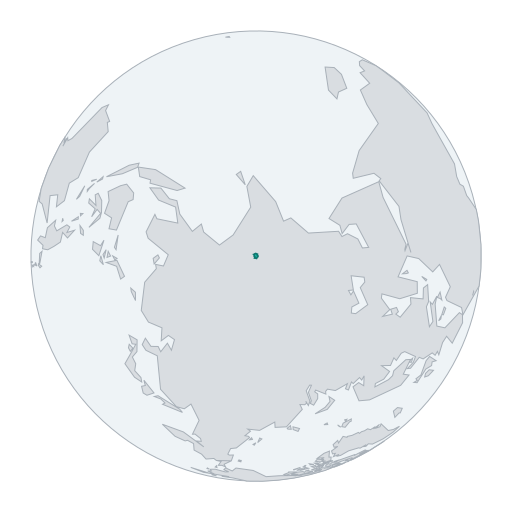 globe centered on Rapti, rotated 164°
{"feature_id": "NPL-373", "entity_name": "Rapti", "entity_type": "Administrative Zone", "adm_level": 1, "iso_a3": "NPL", "parent_name": "Nepal", "parent_adm1": "", "projection": "orthographic", "projection_center": [82.542, 28.326], "detail": "coarse", "context": "on_globe", "style": "filled", "palette": "teal", "viewbox_px": 512, "rotation_deg": 164, "n_neighbors": 0, "source": "natural_earth", "source_scale": "10m", "svg_char_len": 11246}
<svg xmlns="http://www.w3.org/2000/svg" viewBox="0 0 512 512"><g transform="rotate(164 256 256)"><circle cx="256" cy="256" r="225" fill="#eef3f6" stroke="#a8b0b8"/><path d="M327.1,42.2L327.0,42.3L339.5,49.1L349.7,53.7L342.6,51.3L366.2,62.6L377.0,70.8L360.9,60.2L356.3,58.2L361.7,62.7L358.2,61.7L358.8,63.6L354.0,62.3L345.0,56.9L341.7,56.1L345.8,59.4L343.6,60.7L338.1,55.9L333.7,57.7L317.8,50.6L307.1,41.1L294.4,38.4L273.2,32.7L271.2,33.1L262.0,32.0L256.3,32.4L254.0,31.8L251.5,32.7L254.7,33.2L254.6,33.8L251.6,34.3L248.1,33.4L249.1,33.1L246.5,33.1L246.1,32.6L244.6,33.1L240.7,32.4L240.0,33.8L233.1,33.9L231.7,33.4L237.8,32.4L248.4,30.8L264.4,30.9L280.3,32.0L296.1,34.3L311.8,37.7L327.1,42.2ZM217.6,34.0L221.3,33.5L214.2,34.9L205.0,36.7L201.2,37.5L197.0,38.6L195.5,39.3L183.6,42.7L200.4,37.7L217.6,34.0ZM357.9,57.7L354.5,55.5L359.0,58.0L357.9,57.7ZM359.7,64.1L361.7,65.2L361.2,65.7L359.7,64.1ZM224.9,32.9L223.2,33.2L223.3,33.2L224.9,32.9ZM228.4,32.6L229.9,32.3L231.7,32.1L230.8,32.3L228.4,32.6ZM353.4,64.4L351.8,65.3L351.8,63.4L353.4,64.4ZM226.3,33.0L234.9,31.8L238.2,31.6L237.4,32.2L226.3,33.0ZM349.9,65.2L346.2,68.1L350.5,70.4L336.2,65.9L344.1,64.6L343.4,61.7L346.5,64.2L349.9,65.2ZM257.0,33.2L253.5,32.6L259.2,32.8L257.0,33.2ZM260.7,33.2L278.5,33.8L282.3,35.3L275.5,34.5L282.6,36.5L275.7,36.8L270.2,35.8L269.2,34.7L267.3,35.8L260.7,33.2ZM328.9,63.3L326.6,63.4L327.3,62.3L328.9,63.3ZM255.1,34.1L258.3,33.9L261.8,35.1L255.9,35.7L256.7,35.1L255.1,34.1ZM287.9,37.1L289.4,38.3L284.2,38.8L284.1,39.4L275.9,37.0L287.9,37.1ZM254.4,35.1L252.8,36.1L248.4,36.0L252.1,34.4L254.4,35.1ZM265.2,35.2L266.6,35.9L263.9,35.7L265.2,35.2ZM231.9,37.1L235.8,36.4L237.9,36.9L231.9,37.1ZM252.6,36.5L254.1,36.5L255.3,36.7L253.5,37.4L252.6,36.5ZM272.8,37.7L270.3,37.8L275.9,38.7L272.2,39.4L267.4,37.8L267.9,38.8L266.8,39.1L264.1,37.5L272.8,37.7ZM255.4,38.9L247.9,37.6L240.4,38.5L238.3,38.0L250.8,36.7L255.4,38.9ZM260.7,38.2L256.9,38.4L256.2,37.5L258.4,36.7L260.7,38.2ZM271.5,40.6L278.4,39.9L279.2,40.3L271.5,40.6ZM253.3,39.3L255.2,39.6L252.9,39.5L253.3,39.3ZM266.1,40.3L268.4,39.9L269.3,40.4L266.1,40.3ZM256.9,40.8L254.5,40.3L255.9,39.6L256.9,40.8ZM261.2,40.7L261.8,41.5L257.8,39.7L262.1,40.4L261.2,40.7ZM266.5,40.8L267.8,41.0L265.4,41.0L266.5,40.8ZM253.0,43.8L247.6,41.7L250.7,40.2L255.5,42.3L253.0,43.8ZM43.1,182.4L44.3,179.0L49.8,165.7L73.3,142.4L72.6,149.8L84.7,160.5L85.2,164.1L77.7,172.9L81.9,197.3L90.5,192.0L100.3,208.7L110.7,214.4L125.2,196.8L108.1,186.9L111.2,175.7L129.6,175.3L145.4,184.9L147.1,180.9L142.2,167.6L150.9,163.0L141.0,162.5L141.2,167.7L135.1,167.8L134.5,163.2L137.6,161.6L134.3,157.4L120.3,167.1L119.0,173.4L107.2,168.7L103.9,179.1L98.9,181.2L102.6,164.7L106.2,160.2L108.8,140.2L104.0,144.3L101.2,163.8L99.8,160.9L93.2,167.6L97.1,160.2L101.5,138.8L94.2,134.9L76.1,145.5L73.7,142.7L75.8,134.9L91.4,118.1L94.9,126.3L100.5,121.4L107.5,110.6L107.9,114.3L111.2,111.2L113.3,114.3L123.7,111.0L127.0,113.6L138.4,105.5L141.6,106.0L134.0,110.5L130.4,115.4L139.4,123.1L143.2,122.5L149.9,116.9L151.5,120.1L156.9,113.7L165.6,116.0L159.4,108.2L167.1,102.4L176.4,100.5L177.8,97.4L162.7,100.6L157.7,103.3L155.2,107.7L140.6,115.0L136.0,114.0L147.0,101.8L141.7,99.4L152.6,91.8L186.5,86.4L196.9,88.4L198.8,103.5L192.2,106.0L188.2,101.6L185.1,111.0L188.6,107.6L190.0,110.6L197.7,106.6L199.0,108.6L204.1,101.7L206.6,103.7L203.3,108.1L216.8,104.8L224.0,108.3L226.4,106.7L226.9,104.0L235.6,110.7L237.0,109.3L234.7,106.4L236.0,101.9L241.7,96.7L244.4,99.3L242.7,101.5L243.2,110.5L238.3,116.5L240.0,117.1L244.9,112.6L244.2,101.6L246.9,97.8L248.2,102.7L247.9,100.6L250.1,99.6L254.7,101.1L253.8,95.8L273.8,83.4L284.9,86.0L283.7,91.2L300.6,87.4L311.7,91.9L309.6,89.1L316.2,86.3L312.8,84.7L312.3,83.2L327.8,76.9L333.5,77.9L337.7,73.3L336.6,72.0L332.6,70.9L336.2,65.9L350.5,70.4L352.3,73.0L360.0,74.6L362.9,80.5L369.0,86.5L367.7,92.9L372.6,97.7L375.1,97.8L383.5,105.0L392.4,120.1L374.3,106.9L358.8,86.9L364.2,94.6L359.7,92.9L359.6,95.8L363.7,101.6L366.2,102.2L356.0,113.7L359.3,131.6L367.0,128.9L374.0,133.1L384.5,154.2L378.4,187.3L387.8,195.7L389.8,202.2L385.0,207.5L381.9,198.1L375.0,196.0L374.0,190.2L365.2,196.6L363.3,188.7L357.4,198.1L362.1,203.8L370.5,200.6L366.2,212.9L377.6,222.1L381.3,235.3L370.2,261.5L355.3,271.3L354.8,275.6L347.7,271.9L340.0,281.4L354.8,302.8L355.0,309.5L341.7,323.9L341.0,319.1L322.1,309.2L319.8,325.2L334.2,336.6L339.2,350.8L328.7,347.5L323.5,334.9L316.8,331.0L317.7,317.3L310.4,297.2L299.7,301.8L299.7,293.4L288.1,276.6L272.2,282.5L247.6,304.4L245.6,325.4L236.5,334.0L222.1,302.9L219.9,281.9L212.0,283.0L199.3,263.6L169.8,257.0L168.0,251.0L161.9,252.2L153.4,244.3L151.5,234.4L145.3,233.2L150.8,259.2L157.8,260.7L167.0,253.8L166.9,262.4L175.5,271.9L157.4,288.0L117.5,293.6L117.7,277.3L108.5,226.0L111.0,221.6L111.2,221.1L111.3,220.0L106.3,226.6L106.1,216.7L106.6,251.0L104.9,264.3L116.9,294.3L114.7,296.0L119.8,303.0L141.1,303.9L140.3,309.0L127.8,328.9L101.9,349.7L107.7,371.0L109.9,386.8L99.1,390.7L105.4,403.5L100.6,404.0L103.9,410.4L103.1,414.3L99.7,415.3L88.2,405.8L83.2,399.5L70.9,383.0L52.1,346.4L50.4,335.0L47.6,322.9L39.8,289.8L41.2,277.0L40.2,268.8L37.4,265.9L36.8,256.0L35.6,253.1L31.4,240.0L32.5,227.9L36.6,204.9L43.1,182.4ZM58.7,158.4L56.5,161.9L56.5,162.0L58.7,158.4ZM157.9,205.8L170.0,210.8L171.8,196.5L176.6,197.4L175.5,192.5L171.9,195.5L170.1,182.3L177.9,180.6L180.1,174.9L176.1,173.1L162.0,178.4L164.5,196.9L158.6,201.0L157.9,205.8ZM127.2,93.2L125.4,96.4L120.9,98.9L116.9,97.2L123.3,93.4L127.2,93.2ZM123.9,100.5L136.1,89.8L139.1,91.0L135.3,92.0L136.1,93.9L130.3,96.2L121.3,108.5L116.8,111.6L111.7,105.7L115.9,105.7L117.4,102.3L123.9,100.5ZM161.7,65.7L167.0,62.6L166.7,69.0L161.8,71.3L157.4,69.3L160.6,65.4L161.7,65.7ZM223.3,34.9L225.3,34.4L226.3,34.4L225.4,35.0L223.3,34.9ZM233.6,36.8L215.4,37.9L216.8,37.2L204.5,39.5L203.4,38.6L211.4,37.0L201.4,38.4L208.2,36.7L200.9,38.0L218.9,34.5L224.7,33.5L218.7,34.9L219.5,35.6L221.6,35.6L231.7,35.1L244.5,33.8L247.3,34.8L246.0,35.9L243.3,36.4L242.3,35.4L239.5,36.7L236.1,35.8L233.6,36.8ZM228.3,56.2L228.2,53.5L222.0,58.6L218.5,56.6L218.0,57.4L213.1,57.1L206.2,58.2L205.5,57.0L203.1,58.0L199.8,58.1L196.3,59.1L193.8,57.5L189.4,58.8L190.7,57.4L183.7,60.1L187.8,57.5L183.9,57.7L182.0,60.2L177.0,51.8L171.7,51.4L165.0,52.8L173.0,48.8L184.2,45.2L195.9,43.1L199.8,44.5L202.7,42.8L205.4,43.1L202.0,44.3L208.9,42.6L210.2,43.3L220.6,43.2L229.7,41.0L233.8,41.2L230.9,42.4L236.9,41.8L234.2,44.4L237.0,44.7L237.1,47.8L229.9,50.4L233.6,50.6L233.9,53.4L228.3,56.2ZM252.8,44.7L244.9,47.6L239.2,48.2L241.3,42.6L239.2,42.0L240.4,39.0L248.7,38.4L247.6,39.3L248.5,40.0L245.5,39.8L248.5,40.5L247.1,41.8L249.0,42.8L246.0,43.4L252.8,44.7ZM89.5,162.4L90.6,164.3L93.1,166.1L89.0,170.6L89.5,162.4ZM92.1,147.8L93.6,148.4L89.1,155.1L88.0,153.4L92.1,147.8ZM98.3,143.4L94.1,147.9L95.7,144.5L98.3,143.4ZM135.8,111.0L137.8,111.6L136.5,113.2L133.6,114.6L135.8,111.0ZM209.3,73.1L210.1,70.9L211.7,70.8L217.5,66.8L220.6,68.3L218.3,71.3L209.3,73.1ZM120.1,198.5L114.8,200.6L114.2,197.8L116.1,197.6L120.1,198.5ZM99.5,185.2L102.3,190.7L98.3,186.4L99.5,185.2ZM213.6,74.0L215.6,72.2L215.9,74.1L213.6,74.0ZM223.1,69.3L224.1,71.2L221.6,68.1L223.1,69.3ZM221.0,473.5L225.1,474.8L221.3,474.4L221.0,473.5ZM140.6,395.5L137.5,418.6L128.9,415.6L123.8,407.1L122.5,392.2L131.5,390.9L134.9,384.7L140.6,395.5ZM387.9,373.7L393.3,373.0L393.0,373.9L387.9,373.7ZM382.3,372.3L388.7,370.9L381.1,374.4L382.3,372.3ZM391.2,370.3L397.6,366.8L400.4,364.6L399.8,366.5L391.2,370.3ZM377.9,373.4L352.9,378.2L342.8,377.5L345.4,373.9L361.8,371.9L377.9,373.4ZM344.6,373.9L328.7,366.7L305.5,340.8L313.8,340.7L337.8,355.2L336.3,358.3L345.9,364.4L344.6,373.9ZM382.0,349.7L380.4,358.7L366.8,360.9L360.5,360.7L356.2,350.3L358.6,344.1L363.9,343.4L383.0,319.4L389.8,322.7L384.3,332.5L389.8,338.8L382.0,349.7ZM246.7,327.4L252.5,339.8L247.4,341.6L246.7,327.4ZM389.7,303.4L382.7,314.2L388.8,300.6L389.7,303.4ZM392.8,291.2L393.7,295.6L390.2,292.0L392.8,291.2ZM355.5,282.1L350.0,284.1L349.4,280.8L356.1,276.4L355.5,282.1ZM384.1,246.4L385.7,256.2L385.2,259.7L381.9,254.4L384.1,246.4ZM242.7,88.0L231.2,91.5L224.9,95.8L224.6,100.8L220.1,95.6L229.8,88.9L242.7,88.0ZM269.7,83.5L269.9,79.7L273.1,80.8L273.5,81.8L269.7,83.5ZM267.5,81.6L261.7,78.2L263.9,75.8L268.1,78.9L267.5,81.6ZM237.2,75.1L233.6,75.9L233.5,74.2L237.2,75.1ZM406.9,423.3L407.1,423.1L407.3,422.9L406.9,423.3ZM414.2,416.4L413.0,417.6L413.7,416.8L409.6,420.6L406.7,422.6L409.5,417.7L405.4,421.4L411.4,414.8L404.4,421.6L405.0,418.7L400.5,419.7L363.0,441.2L356.1,442.0L360.5,437.3L359.6,425.7L362.1,425.4L363.8,416.3L387.5,401.8L405.3,380.3L415.4,377.5L424.9,362.0L434.3,358.3L429.7,369.5L437.3,370.8L447.7,345.3L447.2,365.0L449.4,368.3L443.9,380.1L431.2,397.6L414.2,416.4ZM473.3,313.0L473.9,311.1L473.8,311.7L473.3,313.0ZM401.2,370.7L409.1,361.9L413.0,360.0L401.2,370.7ZM473.3,311.3L472.5,312.7L472.8,311.3L473.3,311.3ZM473.9,308.3L474.1,306.6L473.9,309.8L473.9,308.3ZM472.6,307.2L473.4,308.5L472.4,307.9L472.6,307.2ZM471.8,308.8L471.0,308.7L471.1,308.1L471.8,308.8ZM457.8,325.0L461.5,331.5L457.6,334.7L453.5,331.7L448.7,340.7L438.7,345.6L441.5,340.4L440.6,335.1L429.2,338.1L427.0,335.2L431.3,330.7L423.3,330.8L432.2,325.3L435.4,332.0L440.2,323.3L447.8,320.9L454.5,319.4L459.2,321.8L457.8,325.0ZM431.5,343.3L432.9,342.6L431.4,345.6L431.5,343.3ZM469.4,306.7L470.6,308.8L470.3,310.0L469.6,310.3L469.4,306.7ZM460.4,319.5L465.8,308.6L466.8,307.7L463.2,318.1L460.4,319.5ZM464.8,305.3L466.9,304.2L467.8,307.0L467.3,308.4L464.8,305.3ZM413.6,343.0L413.1,345.4L410.7,344.5L413.6,343.0ZM416.7,340.5L423.8,340.3L416.0,342.7L416.7,340.5ZM393.6,339.8L395.9,344.6L403.2,339.0L397.6,345.7L402.2,353.0L400.4,356.9L395.9,348.7L393.7,359.1L390.4,359.8L389.0,351.8L392.5,340.5L395.7,335.3L408.7,329.6L393.6,339.8ZM416.8,333.9L414.9,328.3L416.3,323.5L418.4,326.1L416.8,333.9ZM408.5,314.7L402.6,308.8L397.8,313.1L407.0,299.6L411.3,307.5L408.5,314.7ZM402.7,299.5L398.3,303.4L402.5,295.9L402.7,299.5ZM396.8,301.2L395.8,296.0L399.6,295.7L396.8,301.2ZM405.1,299.0L405.1,289.7L407.5,294.4L405.1,299.0ZM392.8,284.5L401.8,291.1L390.9,290.2L388.0,272.7L392.5,271.1L392.8,284.5ZM402.2,206.1L399.8,201.4L403.1,199.0L403.9,202.9L402.2,206.1ZM411.7,188.6L403.2,196.9L395.9,204.3L399.3,205.7L399.8,214.9L393.4,208.2L396.8,196.9L402.7,193.0L401.3,185.6L404.2,179.2L400.1,170.9L400.6,166.4L406.2,173.0L411.7,188.6ZM398.0,167.5L391.8,152.5L399.2,152.2L402.2,155.4L401.9,162.3L398.1,162.0L398.0,167.5ZM392.5,149.0L388.7,148.7L371.6,129.8L369.8,125.9L386.7,139.2L384.0,139.8L386.9,144.8L392.5,149.0ZM328.6,64.7L326.8,63.5L329.3,64.1L328.6,64.7ZM310.3,82.5L310.0,80.6L312.9,81.1L310.3,82.5ZM310.8,75.7L307.6,76.5L309.8,74.6L310.8,75.7ZM300.8,78.5L305.8,76.2L302.6,80.0L300.8,78.5Z" fill="#d9dde1" stroke="#a8b0b8" stroke-width="1"/><path d="M256.5,258.5L255.6,258.6L255.3,258.4L254.3,257.6L254.7,257.4L254.7,257.2L254.2,256.7L254.3,256.4L254.5,256.3L254.3,256.0L254.1,255.9L254.0,255.6L254.2,255.4L254.1,255.1L254.3,254.8L254.5,254.9L254.8,254.8L255.2,254.3L255.8,253.8L255.9,253.6L256.1,253.4L256.4,253.5L256.5,253.7L256.6,253.9L256.7,254.1L257.4,254.1L258.1,254.4L257.9,254.7L257.4,254.9L257.5,255.1L257.3,255.2L257.3,255.3L257.2,255.4L257.4,255.8L257.9,256.2L257.9,256.3L257.6,256.5L257.7,256.8L257.5,257.3L257.6,257.5L257.3,257.6L257.1,257.7L256.8,258.0L257.1,258.2L256.6,258.2L256.5,258.5Z" fill="#14b8a6" stroke="#0f766e" stroke-width="1.5"/></g></svg>